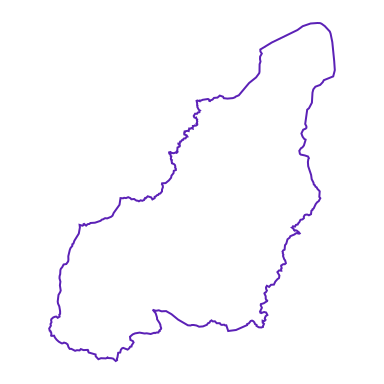 Puerto Inca, Huánuco, Peru (Albers equal-area conic projection)
{"feature_id": "86281439B96842651539960", "entity_name": "Puerto Inca", "entity_type": "district", "adm_level": 2, "iso_a3": "PER", "parent_name": "Peru", "parent_adm1": "Huánuco", "projection": "albers", "projection_center": [-75.158, -9.27], "detail": "fine", "context": "isolated", "style": "outline", "palette": "violet", "viewbox_px": 384, "rotation_deg": 0, "n_neighbors": 0, "source": "geoboundaries", "source_scale": "gbopen_adm2", "svg_char_len": 5998}
<svg xmlns="http://www.w3.org/2000/svg" viewBox="0 0 384 384"><path d="M235.5,96.7L235.0,97.3L232.9,98.1L227.5,98.6L223.8,98.2L223.0,96.7L219.8,95.6L217.5,97.6L214.0,97.9L212.5,99.6L210.6,100.3L210.0,101.1L209.4,101.0L208.9,99.5L208.0,99.0L202.7,99.8L200.9,100.6L200.0,100.5L199.8,101.2L197.4,100.5L196.6,100.8L197.2,103.7L197.1,105.2L197.5,105.6L197.3,106.9L198.8,109.8L199.9,110.5L199.5,110.8L199.4,112.2L197.7,112.6L197.0,113.8L195.1,113.7L193.7,116.0L194.3,117.4L195.6,118.0L196.1,117.7L196.4,118.7L197.2,119.5L196.9,120.3L197.3,121.4L196.9,122.3L197.1,123.0L196.6,123.5L197.3,124.3L197.2,124.8L195.8,125.7L194.8,125.4L193.8,126.0L193.1,126.0L193.3,126.6L192.5,127.4L192.7,128.6L191.2,128.1L190.4,128.7L189.2,128.5L188.7,131.1L187.6,130.8L184.7,131.4L184.8,132.4L184.3,132.5L184.2,133.5L184.3,134.5L186.6,135.3L187.4,136.6L186.4,136.9L185.5,138.4L184.1,138.4L183.3,139.1L183.2,139.8L182.0,140.1L181.1,141.5L180.3,141.5L179.9,142.1L179.8,143.5L178.4,143.6L178.6,144.4L179.6,145.0L179.9,145.8L179.6,146.5L177.5,147.5L177.3,150.5L176.7,151.4L177.5,151.9L177.2,152.4L176.4,152.9L175.6,152.5L173.7,153.2L171.6,152.9L170.4,152.0L169.1,152.4L169.3,153.6L170.5,154.5L170.7,156.1L171.3,156.4L170.8,158.8L171.3,160.1L171.9,160.2L171.6,161.8L172.1,162.5L172.0,163.3L174.0,164.1L174.9,165.0L175.3,166.4L175.1,167.7L175.8,168.5L175.9,170.0L173.8,170.8L173.5,173.2L171.5,175.6L171.1,177.7L168.9,180.4L165.6,183.1L162.1,183.3L161.9,184.2L162.8,185.7L162.9,187.2L162.0,189.6L162.0,191.4L160.3,193.5L158.9,193.8L158.3,194.9L157.3,195.0L155.5,196.6L154.7,196.8L154.6,198.2L152.4,199.4L151.2,197.4L147.7,196.3L146.2,197.8L145.3,197.9L145.4,198.5L144.4,199.0L144.1,200.0L142.2,200.8L140.7,200.3L138.9,201.3L137.7,200.7L136.4,200.6L134.1,199.0L131.4,199.3L130.3,198.1L128.2,197.2L126.0,198.1L124.1,197.8L123.1,198.3L120.5,198.1L119.5,204.8L113.7,212.9L112.5,215.7L111.1,216.8L107.2,218.4L105.2,218.2L104.4,218.5L103.4,219.2L101.7,219.7L100.6,220.8L95.0,222.7L90.4,223.0L89.5,223.9L87.6,224.2L86.1,225.6L84.1,223.9L83.5,224.2L83.4,225.2L82.5,225.7L79.6,224.9L79.9,227.4L78.8,233.6L74.4,240.7L73.4,243.6L72.3,244.3L72.3,245.9L70.5,248.1L69.8,249.9L68.3,256.2L68.4,259.9L68.1,261.5L66.3,264.0L63.6,264.5L62.2,267.2L60.9,268.7L60.4,270.1L60.2,274.1L59.6,276.1L59.5,278.3L60.4,281.6L59.9,285.3L60.7,290.5L60.1,292.2L58.5,294.9L57.7,301.5L58.0,303.5L59.3,306.4L60.1,311.1L60.1,313.9L59.3,314.7L59.6,316.6L57.7,317.8L56.4,316.6L55.1,316.7L53.3,317.4L51.4,319.1L51.1,320.1L51.5,322.2L50.5,324.1L50.9,325.7L49.2,328.5L49.7,330.7L50.4,331.0L50.5,331.8L51.1,332.2L51.4,334.1L51.1,335.6L51.7,335.9L54.1,335.7L54.9,337.5L56.6,339.7L58.8,341.7L61.6,343.3L62.7,343.3L64.0,342.6L66.0,343.2L67.6,344.4L68.5,347.1L69.7,348.9L71.4,348.9L75.1,350.8L76.9,350.2L79.6,350.4L80.8,349.1L83.5,350.1L87.8,349.9L88.2,350.4L88.1,351.2L88.7,352.5L95.6,354.5L95.7,356.3L98.4,359.2L101.0,358.2L105.9,358.4L107.5,357.5L107.7,358.0L111.2,358.2L113.1,358.6L115.7,361.0L117.1,360.1L116.9,358.4L117.4,357.7L118.2,352.8L120.2,352.5L120.9,349.7L122.1,348.3L123.2,347.9L127.6,349.6L129.2,348.3L130.1,346.8L131.5,346.5L131.6,345.5L133.6,342.4L132.9,341.1L130.4,339.9L130.0,336.7L132.7,334.4L135.0,333.4L139.6,332.6L144.5,333.5L146.7,333.3L150.7,334.0L154.2,332.8L155.0,333.1L156.5,332.5L158.4,332.5L158.7,331.6L159.7,331.1L159.5,330.4L160.9,329.1L161.2,328.2L160.5,326.2L160.4,324.9L159.6,323.1L157.1,319.3L157.0,317.5L155.7,313.3L153.2,310.3L153.4,310.0L155.9,310.8L158.8,310.3L161.5,311.3L166.1,311.1L171.5,314.2L178.1,319.6L187.9,325.3L190.5,325.5L191.8,325.0L193.7,325.0L196.5,325.5L199.1,326.7L203.0,326.4L206.9,324.8L207.9,323.3L209.4,322.7L210.3,321.2L211.5,320.4L212.7,321.4L214.9,321.3L216.7,323.2L219.8,323.2L220.6,324.4L221.8,324.9L224.2,324.7L225.1,325.4L226.3,325.3L228.2,331.0L236.0,330.0L247.1,325.1L247.1,324.1L248.8,323.4L250.7,321.0L252.0,320.6L253.3,321.2L254.4,322.4L254.9,323.9L256.6,325.0L256.5,325.9L258.8,327.3L261.3,327.5L263.0,326.9L263.0,326.0L264.0,323.9L262.8,322.8L263.1,322.0L262.6,321.8L262.6,320.7L264.1,321.1L264.9,320.6L264.9,320.2L265.5,319.8L264.8,318.6L265.0,317.7L265.7,316.1L267.4,315.0L266.1,312.5L264.1,312.0L261.2,313.1L260.3,312.6L260.6,311.8L260.1,311.4L261.9,307.8L260.7,305.2L260.9,304.1L263.7,303.3L267.1,301.1L267.2,300.5L266.1,299.8L265.7,298.5L265.7,296.2L264.4,293.5L264.7,292.8L265.8,292.3L266.9,290.6L266.1,288.9L266.0,287.3L266.9,285.8L269.1,286.9L271.0,284.8L273.9,284.6L275.3,281.6L277.5,279.1L278.9,278.2L279.1,277.6L279.4,275.5L277.4,272.1L279.1,270.4L281.3,270.7L281.1,268.9L281.7,268.1L281.1,266.1L281.2,265.5L283.2,264.2L284.8,264.2L285.9,263.2L285.1,260.3L284.3,259.4L283.0,255.9L283.4,254.8L282.8,253.5L282.9,252.6L282.5,251.6L283.2,250.4L284.6,249.6L285.0,245.2L286.3,243.6L287.5,239.3L289.6,237.7L290.3,236.2L294.6,234.4L295.4,233.6L296.6,233.1L299.1,233.7L299.7,233.4L299.0,232.4L296.7,230.6L295.6,230.3L294.7,230.7L294.0,230.1L293.8,229.2L292.0,227.6L292.6,227.4L293.0,226.3L295.0,226.6L295.9,224.9L297.7,224.5L298.3,223.2L299.2,222.4L300.5,219.8L302.5,219.4L303.9,218.2L303.8,216.6L304.7,215.1L306.0,214.6L307.5,214.6L308.9,215.3L311.0,214.2L311.4,210.8L312.6,209.8L312.5,209.3L313.7,208.4L315.7,204.1L317.2,202.2L318.7,201.2L320.3,198.2L319.3,196.9L319.7,191.3L317.3,188.7L316.7,187.4L315.5,186.7L314.8,185.2L313.8,184.5L313.5,182.7L311.7,179.2L311.1,174.9L308.2,166.2L307.9,162.0L308.3,159.2L308.9,158.2L308.0,156.5L304.7,155.4L300.8,154.6L299.9,153.8L299.3,150.8L300.9,148.3L302.4,147.4L303.9,145.5L305.5,140.2L305.6,139.6L304.3,139.0L302.6,136.7L301.4,133.5L303.2,129.7L305.6,128.7L306.4,127.8L306.4,126.3L305.2,124.0L307.2,109.7L309.0,108.2L311.9,102.7L312.5,92.6L313.3,89.4L315.4,86.7L320.2,84.9L322.8,82.1L323.8,80.2L333.2,76.4L334.5,71.4L334.8,70.1L334.2,61.1L332.3,42.1L330.6,33.7L329.8,31.5L324.8,26.1L321.5,23.7L320.0,23.1L317.4,23.0L310.6,23.5L302.7,26.2L297.5,30.0L271.8,42.5L260.3,49.5L260.4,51.5L261.8,53.6L260.1,56.6L260.0,59.1L260.5,61.6L259.6,64.2L259.5,71.8L259.2,73.2L256.1,77.4L249.1,83.0L238.8,95.3L235.5,96.7Z" fill="none" stroke="#5b21b6" stroke-width="2"/></svg>